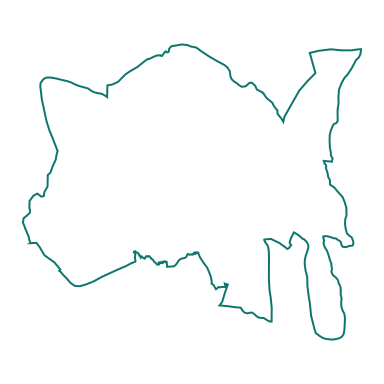 outline of Mbeya Urban, Mbeya, United Republic of Tanzania
{"feature_id": "72390352B25057310038558", "entity_name": "Mbeya Urban", "entity_type": "district", "adm_level": 2, "iso_a3": "TZA", "parent_name": "United Republic of Tanzania", "parent_adm1": "Mbeya", "projection": "equal_earth", "projection_center": [33.492, -8.905], "detail": "fine", "context": "isolated", "style": "outline", "palette": "teal", "viewbox_px": 384, "rotation_deg": 0, "n_neighbors": 0, "source": "geoboundaries", "source_scale": "gbopen_adm2", "svg_char_len": 5932}
<svg xmlns="http://www.w3.org/2000/svg" viewBox="0 0 384 384"><path d="M309.8,52.9L315.4,73.1L307.5,81.1L299.2,90.7L284.4,116.8L283.3,121.8L281.7,119.0L277.5,113.8L277.5,110.5L275.9,108.7L273.8,105.9L272.5,103.0L269.5,100.4L266.8,98.3L263.7,93.9L263.5,93.2L262.8,93.0L262.6,92.4L262.2,92.1L261.6,92.0L261.6,91.9L257.0,89.7L255.0,85.5L251.6,82.6L249.1,83.1L245.7,86.3L241.8,86.8L239.2,85.3L237.0,83.3L234.3,81.7L231.9,79.5L230.6,77.0L229.7,71.0L227.5,67.6L224.4,65.0L217.5,61.3L209.3,56.6L201.1,51.1L196.2,47.5L191.1,46.6L187.3,45.0L181.6,44.5L173.0,46.0L171.6,46.1L169.9,47.8L169.1,49.0L168.7,51.6L168.2,52.2L167.4,52.4L166.5,52.3L165.9,51.7L165.8,51.4L165.0,51.8L161.8,56.1L161.3,56.0L160.6,55.6L160.2,55.2L158.5,55.5L157.1,55.4L153.6,56.8L148.8,59.2L147.7,59.0L144.6,61.2L137.7,66.8L130.3,71.1L125.5,74.3L118.1,81.8L114.8,83.4L111.9,84.6L107.4,85.4L107.1,97.1L105.2,95.7L102.2,94.0L94.8,92.5L91.6,91.0L87.9,88.4L79.4,86.1L75.0,84.4L70.6,82.2L67.4,81.2L61.8,79.9L55.8,78.4L50.5,77.5L46.2,77.6L43.4,79.2L40.6,82.9L40.3,86.4L41.9,99.8L46.5,121.1L49.6,130.9L52.7,138.3L57.6,151.1L56.5,154.9L55.7,159.7L52.6,166.5L50.4,172.7L47.8,175.0L47.5,186.6L44.4,192.0L43.8,196.1L41.3,196.6L37.3,193.6L33.4,195.7L29.5,201.1L29.4,208.4L29.9,209.4L29.9,212.7L27.0,215.5L23.6,218.3L23.1,221.7L23.0,221.8L23.1,223.0L24.5,226.3L25.3,228.8L26.4,230.9L27.0,232.9L28.6,236.3L29.2,239.6L30.5,242.9L30.1,243.2L36.5,242.9L39.9,247.5L44.5,255.3L54.3,262.3L60.3,269.4L59.2,270.8L60.1,271.3L63.6,275.4L66.4,278.1L70.5,282.9L75.0,286.0L79.9,286.2L86.1,284.4L93.8,281.3L102.0,276.8L115.9,270.4L125.9,266.1L131.8,263.0L135.4,261.7L135.4,260.4L135.0,258.6L134.9,257.3L135.0,256.4L135.3,255.1L135.2,253.8L134.8,253.1L133.8,252.2L134.4,251.4L135.5,251.3L136.0,252.3L137.9,253.0L138.2,253.2L138.6,254.1L138.8,254.2L139.2,255.5L140.0,256.1L140.2,255.9L140.5,256.3L140.6,256.9L140.9,256.4L141.7,256.4L141.8,256.8L141.8,257.1L142.1,256.9L143.2,257.8L144.5,258.7L145.0,258.4L145.7,256.7L146.2,256.2L146.8,256.2L147.5,256.6L148.0,256.6L148.4,256.2L148.8,256.0L149.4,256.3L150.1,257.4L150.7,257.7L151.4,258.4L151.8,259.2L152.3,259.5L152.7,259.6L153.6,260.7L153.9,261.4L157.3,264.6L158.3,264.7L159.1,264.4L159.2,263.9L158.8,263.5L158.6,262.9L158.7,262.4L159.9,262.6L160.5,263.2L161.1,263.1L161.4,261.9L161.9,262.0L162.3,262.8L162.7,263.1L163.1,262.6L163.6,261.5L164.4,261.2L165.1,261.4L165.4,262.2L166.7,261.9L167.1,266.8L168.1,266.6L170.9,266.6L173.5,266.3L174.7,265.8L175.9,264.7L178.8,260.5L179.6,259.7L180.9,258.8L181.8,258.5L183.8,258.2L185.0,257.8L186.3,256.9L186.5,256.6L187.0,255.0L187.6,254.3L188.0,254.0L188.3,254.3L188.8,254.3L189.0,254.6L189.3,254.7L190.8,254.5L191.1,254.3L191.3,254.3L191.6,254.6L191.8,254.6L192.0,254.4L192.5,254.7L192.8,254.7L193.0,254.5L193.0,254.0L193.1,253.8L193.3,253.7L193.6,254.0L193.9,254.0L194.1,252.7L194.3,252.5L194.5,252.5L194.6,252.9L194.8,253.1L195.1,253.7L195.3,253.8L195.7,252.5L195.9,252.4L196.1,252.6L196.3,253.0L196.2,253.3L196.4,253.3L196.7,253.2L196.7,252.9L197.1,252.7L197.3,252.3L197.5,252.3L197.8,252.7L198.3,252.8L198.8,254.6L199.8,256.8L200.6,258.3L201.2,259.1L203.9,263.3L206.9,267.2L207.6,268.6L209.4,272.9L210.3,275.3L210.5,275.5L211.3,279.1L211.7,281.1L211.6,283.7L212.0,284.0L212.6,284.3L213.8,285.3L214.6,286.8L214.7,287.2L216.0,289.2L217.0,288.5L218.5,287.0L218.8,286.9L219.1,287.1L220.0,287.4L221.6,287.0L224.3,286.9L225.1,287.0L225.8,286.6L225.8,286.2L225.2,285.1L224.9,283.8L225.2,284.0L225.8,284.1L226.5,284.1L227.8,284.6L224.9,292.9L222.1,302.1L219.5,305.4L228.7,306.3L235.8,307.3L237.1,307.3L240.8,307.8L242.6,310.7L244.6,312.6L247.4,313.4L249.4,312.8L252.2,312.6L254.5,314.3L256.2,315.9L258.3,317.4L261.0,317.9L263.7,318.0L268.1,320.8L270.0,321.5L271.6,321.5L271.7,308.0L270.8,298.3L269.5,290.0L268.9,279.0L269.0,258.7L268.8,251.3L268.3,247.6L267.5,245.3L266.1,243.5L264.4,240.6L264.3,239.6L266.7,239.2L271.1,239.0L279.2,242.9L282.9,245.6L285.5,247.4L287.3,248.9L289.0,248.1L290.1,246.2L291.2,245.2L289.6,242.9L290.6,239.0L293.9,232.4L297.9,234.7L300.4,236.7L302.5,238.7L304.2,239.4L306.7,242.0L308.1,244.5L308.4,247.2L307.4,250.7L305.9,255.3L304.9,259.3L304.7,263.8L305.5,270.3L307.2,277.0L307.4,286.0L309.0,298.3L309.9,303.5L311.1,315.8L314.7,329.9L315.9,333.1L319.8,336.1L322.8,337.9L325.8,338.9L329.9,339.4L333.7,339.5L339.5,338.2L342.1,336.5L343.6,334.0L344.4,330.1L344.9,320.2L344.9,317.0L344.2,313.5L342.9,311.1L342.0,308.9L341.2,305.7L341.3,301.1L341.6,298.0L340.7,294.6L340.7,291.2L340.6,287.5L339.6,284.9L338.6,283.1L338.2,280.9L337.3,279.1L335.2,276.9L333.0,275.2L331.8,272.9L331.4,271.6L331.9,269.7L331.9,268.5L331.8,267.5L331.5,266.4L331.4,266.2L331.4,263.7L330.1,260.5L328.6,255.3L327.0,250.8L324.7,247.1L323.6,243.7L323.5,242.2L324.0,241.5L324.1,240.4L323.8,239.3L323.3,238.2L323.3,237.8L323.5,237.7L323.3,237.0L323.3,236.4L324.2,236.2L325.2,236.3L326.3,236.1L329.0,236.6L330.7,237.2L331.4,237.4L332.6,237.9L334.0,238.3L335.4,238.3L337.0,239.1L337.3,239.3L337.6,239.7L338.2,240.2L339.4,240.7L340.3,241.5L340.9,242.2L341.4,244.7L342.6,246.8L345.8,247.1L346.1,247.2L348.9,246.0L352.4,245.6L353.3,244.5L353.2,241.2L351.7,237.4L349.0,235.5L346.9,233.3L345.6,228.5L345.0,223.5L345.3,218.8L346.5,215.7L346.3,207.6L344.8,202.5L342.7,197.2L337.6,191.5L334.6,187.8L332.4,186.2L330.1,184.7L330.0,184.2L329.9,182.8L330.0,181.5L329.9,180.4L329.4,179.1L328.3,177.3L327.7,174.1L327.7,173.6L327.5,173.2L327.3,171.9L326.6,170.0L325.9,168.2L326.3,166.6L325.8,164.8L325.1,164.1L324.4,163.3L324.4,162.3L323.8,160.9L331.9,161.7L331.9,160.9L332.2,159.7L332.5,159.2L332.5,158.2L331.7,157.0L330.9,155.1L330.9,152.9L329.9,147.7L329.6,141.1L329.7,135.2L330.8,130.7L332.2,127.0L333.6,124.3L336.6,122.8L337.7,120.6L337.6,116.0L337.6,109.9L338.6,102.8L338.4,97.1L339.0,89.7L341.5,83.2L344.4,78.0L347.5,74.6L351.3,68.9L354.0,64.0L355.9,60.3L358.9,57.3L360.3,54.4L361.0,50.6L361.0,49.2L357.6,49.4L351.9,50.3L344.7,50.3L342.3,50.4L331.1,49.3L318.8,50.8L309.8,52.9Z" fill="none" stroke="#0f766e" stroke-width="2"/></svg>